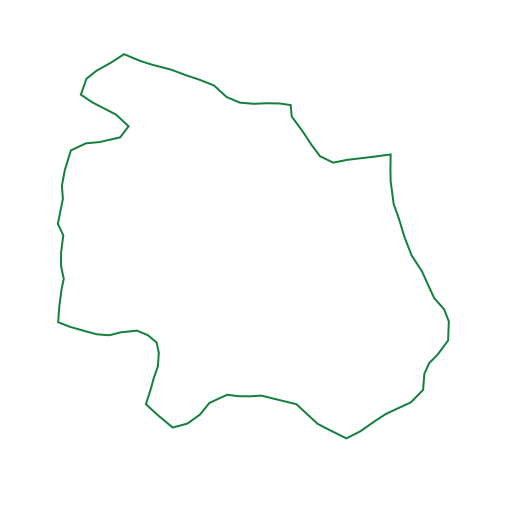 Aniocha South, Delta, Nigeria, rotated 98°
{"feature_id": "59680162B29589714384573", "entity_name": "Aniocha South", "entity_type": "district", "adm_level": 2, "iso_a3": "NGA", "parent_name": "Nigeria", "parent_adm1": "Delta", "projection": "robinson", "projection_center": [6.492, 6.145], "detail": "fine", "context": "isolated", "style": "outline", "palette": "green", "viewbox_px": 512, "rotation_deg": 98, "n_neighbors": 0, "source": "geoboundaries", "source_scale": "gbopen_adm2", "svg_char_len": 1578}
<svg xmlns="http://www.w3.org/2000/svg" viewBox="0 0 512 512"><g transform="rotate(98 256 256)"><path d="M365.3,71.9L349.1,72.9L337.8,69.5L328.7,62.6L312.9,54.0L297.4,55.6L294.0,55.9L290.5,57.9L282.7,62.2L277.9,67.8L273.0,73.6L257.9,83.3L256.2,84.4L248.1,89.5L233.9,101.9L224.6,107.1L216.6,111.6L208.9,115.2L206.4,116.3L199.3,119.6L185.7,126.8L163.1,133.1L151.8,134.9L136.7,136.8L141.3,153.3L145.2,168.1L148.2,179.4L152.8,192.5L148.3,206.5L141.1,213.6L138.6,216.2L126.5,226.8L123.0,230.2L115.9,237.1L113.0,240.0L101.7,242.7L101.7,254.0L103.3,267.1L105.6,279.3L106.0,286.3L106.4,293.2L102.7,307.2L93.0,321.3L89.2,337.0L87.0,349.3L83.3,365.9L81.1,385.1L78.9,398.2L74.5,414.8L84.3,426.0L94.9,439.9L104.0,448.5L112.3,450.2L120.6,451.9L126.6,439.6L135.5,414.2L145.3,400.2L150.6,403.2L157.4,407.0L165.0,427.0L168.1,440.1L177.2,454.0L197.5,457.3L213.4,458.0L226.2,455.2L251.8,456.7L259.6,451.5L262.4,449.7L273.2,449.6L279.7,449.5L293.3,447.6L305.3,443.2L315.9,443.9L332.5,443.8L339.2,443.4L349.1,442.7L352.0,430.5L354.2,414.8L355.7,402.6L354.9,390.3L350.3,379.0L346.5,363.4L349.5,352.0L355.5,342.4L362.3,339.9L365.2,338.8L378.8,337.8L391.6,340.3L403.7,341.9L418.1,344.4L427.8,330.3L437.5,314.5L435.9,310.9L431.5,300.6L420.8,289.4L408.0,281.7L404.7,276.6L397.4,265.2L397.3,253.9L395.8,242.5L393.5,231.2L394.3,223.6L394.9,218.1L397.1,195.4L399.8,191.5L402.2,188.1L403.8,185.8L413.6,171.7L417.5,160.7L418.8,156.8L422.7,145.1L424.0,141.1L414.9,128.1L402.8,115.1L394.5,105.6L393.9,104.7L389.7,98.3L387.7,95.2L379.3,82.2L365.3,71.9Z" fill="none" stroke="#15803d" stroke-width="2"/></g></svg>